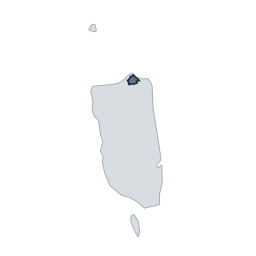 location of Aguada, Puerto Rico, rotated 79°
{"feature_id": "32010507B12204404308150", "entity_name": "Aguada", "entity_type": "district", "adm_level": 2, "iso_a3": "PRI", "parent_name": "Puerto Rico", "parent_adm1": "", "projection": "equal_earth", "projection_center": [-67.173, 18.364], "detail": "fine", "context": "in_parent", "style": "filled", "palette": "slate", "viewbox_px": 256, "rotation_deg": 79, "n_neighbors": 0, "source": "geoboundaries", "source_scale": "gbopen_adm2", "svg_char_len": 2312}
<svg xmlns="http://www.w3.org/2000/svg" viewBox="0 0 256 256"><g transform="rotate(79 128 128)"><path d="M167.9,104.8L170.5,107.0L172.9,106.7L170.9,102.1L172.8,102.1L188.5,104.9L198.6,109.6L209.1,111.8L209.8,127.1L201.8,133.3L196.5,139.7L192.3,147.6L181.1,156.7L167.5,159.5L158.5,159.7L155.2,159.4L151.9,157.9L145.1,159.4L136.7,155.3L129.5,156.3L115.2,155.4L109.8,158.9L104.7,159.7L99.6,159.0L95.4,157.5L84.7,157.6L80.3,154.5L82.1,137.1L82.3,129.1L79.7,122.6L76.8,118.5L74.7,113.7L78.9,110.5L82.3,105.8L83.4,98.8L87.1,97.1L91.5,96.3L111.8,99.5L163.1,101.4L166.0,102.0L167.9,104.8ZM225.8,142.2L219.4,142.9L215.2,142.0L213.8,138.7L221.6,135.7L230.7,136.1L235.9,138.0L236.6,139.2L225.8,142.2ZM24.7,147.3L24.0,147.4L23.2,147.3L22.8,147.0L22.3,146.0L20.0,144.3L19.4,142.8L20.0,141.2L20.9,140.6L25.7,140.4L26.2,140.5L27.1,141.6L27.1,142.4L26.7,143.2L25.8,145.1L25.5,145.6L25.2,146.1L25.1,147.0L24.7,147.3Z" fill="#d9dde1" stroke="#a8b0b8" stroke-width="1"/><path d="M83.3,108.0L83.2,108.1L83.0,108.3L81.8,109.0L80.9,109.7L80.7,110.1L80.4,110.6L80.1,110.7L79.7,110.9L79.2,111.2L78.9,111.4L78.6,111.7L78.0,111.9L77.8,112.0L76.9,112.3L76.8,112.8L77.0,113.0L77.1,112.9L77.1,113.2L77.4,113.4L77.5,113.7L77.8,113.8L77.7,114.0L78.0,114.6L78.0,115.0L77.9,115.0L77.8,115.4L78.1,115.8L78.4,115.7L78.4,115.8L78.4,116.1L78.6,116.1L78.8,116.2L79.0,116.4L79.1,116.7L79.2,116.8L79.5,116.8L79.7,117.0L79.9,117.2L80.2,117.3L80.4,117.4L80.3,117.9L80.5,118.1L80.9,118.2L80.9,118.6L81.0,119.0L81.2,119.4L81.4,119.3L81.4,119.2L81.6,119.2L82.1,118.8L82.4,119.0L82.6,118.9L82.8,119.1L83.2,119.0L83.2,118.8L83.5,118.7L83.9,118.5L84.0,118.6L84.2,118.3L84.4,118.3L84.5,118.3L84.8,118.4L84.9,118.5L85.0,118.8L85.5,118.8L85.8,118.3L85.7,118.0L85.4,117.4L85.7,116.9L85.6,116.4L85.5,116.1L85.4,115.6L85.6,115.4L85.6,115.2L85.8,115.0L85.9,114.8L85.9,114.5L86.0,114.1L85.9,113.5L86.0,113.3L86.0,112.9L85.7,112.7L85.8,112.2L85.7,111.8L85.6,111.1L85.6,110.9L85.5,111.0L85.4,111.3L85.1,111.2L84.9,111.0L84.8,110.9L84.9,110.6L84.7,110.8L84.6,110.7L84.4,110.6L84.3,110.4L84.1,110.6L83.9,110.4L83.6,110.5L83.6,110.2L83.6,109.9L83.8,109.9L83.7,109.8L83.6,109.5L83.5,109.4L83.5,109.2L83.5,108.9L83.3,108.8L83.4,108.7L83.5,108.7L83.6,108.4L83.3,108.6L83.1,108.6L83.2,108.3L83.4,108.2L83.3,108.0Z" fill="#64748b" stroke="#1e293b" stroke-width="1.5"/></g></svg>